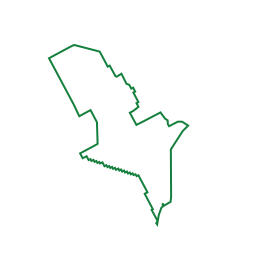 outline of Lyon, Nevada, United States of America, rotated 152°
{"feature_id": "52423323B15747846932953", "entity_name": "Lyon", "entity_type": "district", "adm_level": 2, "iso_a3": "USA", "parent_name": "United States of America", "parent_adm1": "Nevada", "projection": "equal_earth", "projection_center": [-119.16, 39.077], "detail": "fine", "context": "isolated", "style": "outline", "palette": "green", "viewbox_px": 256, "rotation_deg": 152, "n_neighbors": 0, "source": "geoboundaries", "source_scale": "gbopen_adm2", "svg_char_len": 1260}
<svg xmlns="http://www.w3.org/2000/svg" viewBox="0 0 256 256"><g transform="rotate(152 128 128)"><path d="M73.8,101.9L77.2,108.1L81.0,110.2L90.9,110.3L91.0,112.7L89.4,116.2L90.9,118.8L92.0,126.5L109.4,126.6L119.1,126.8L119.2,136.3L119.2,140.6L115.5,140.6L108.9,141.7L108.8,146.0L106.7,146.0L106.6,156.8L104.6,156.8L104.5,161.2L106.6,161.2L106.6,165.6L108.6,167.7L108.3,179.0L113.9,178.6L114.7,179.6L114.9,191.7L117.1,191.7L117.1,208.7L122.7,213.9L125.9,216.8L127.7,218.5L136.6,226.6L140.1,226.8L165.0,226.7L164.9,174.3L165.5,161.3L152.7,161.4L152.7,147.7L162.2,128.4L162.6,128.2L182.2,128.1L182.2,122.6L177.8,122.5L177.8,118.2L175.8,118.1L175.8,116.1L173.5,116.1L173.4,113.8L171.4,113.7L171.4,111.5L169.3,111.5L169.3,109.8L166.7,109.7L166.7,105.3L164.5,105.3L164.5,103.1L162.4,103.2L162.4,101.0L160.3,101.1L160.3,98.9L158.2,98.9L158.2,96.7L155.6,96.7L155.6,94.5L153.6,94.6L153.6,92.2L151.5,92.3L151.5,90.1L149.4,90.1L149.4,87.9L147.3,87.9L147.3,85.8L145.2,85.8L145.2,83.9L143.1,83.6L143.0,81.5L141.0,81.4L141.0,62.1L144.1,62.1L144.2,44.6L145.6,44.6L145.5,31.9L147.7,30.8L147.5,29.2L141.7,36.7L135.9,42.0L134.0,42.4L132.8,45.3L132.9,42.5L125.1,42.8L122.3,46.9L100.2,89.0L91.4,93.9L81.2,99.6L73.8,101.9Z" fill="none" stroke="#15803d" stroke-width="2"/></g></svg>